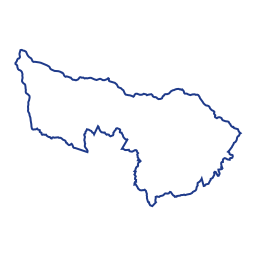 outline of Novo Acordo, Tocantins, Brazil
{"feature_id": "56859067B81404235342349", "entity_name": "Novo Acordo", "entity_type": "district", "adm_level": 2, "iso_a3": "BRA", "parent_name": "Brazil", "parent_adm1": "Tocantins", "projection": "robinson", "projection_center": [-47.429, -10.16], "detail": "fine", "context": "isolated", "style": "outline", "palette": "blue", "viewbox_px": 256, "rotation_deg": 0, "n_neighbors": 0, "source": "geoboundaries", "source_scale": "gbopen_adm2", "svg_char_len": 5778}
<svg xmlns="http://www.w3.org/2000/svg" viewBox="0 0 256 256"><path d="M25.6,88.7L25.9,89.9L25.7,91.2L25.8,92.3L26.2,93.2L27.9,94.3L29.4,95.8L29.6,96.8L29.6,97.7L29.0,100.6L28.5,101.5L28.3,102.4L28.4,104.6L28.0,106.6L28.2,109.3L28.0,110.4L28.2,111.6L29.3,113.5L29.6,115.5L30.4,117.7L30.7,120.6L31.3,124.1L31.4,125.2L31.4,126.1L31.8,128.2L32.3,129.2L33.2,129.6L34.1,129.4L35.3,129.4L36.4,129.1L37.1,128.6L37.6,129.4L39.8,130.2L39.7,131.1L39.8,131.9L41.4,132.7L41.5,133.8L42.2,134.8L43.8,134.5L44.6,134.8L46.1,134.7L46.6,135.6L48.0,136.6L48.8,137.0L49.8,137.0L50.8,138.2L51.7,138.5L52.2,137.6L53.1,137.3L54.2,137.7L58.2,137.3L58.9,137.8L60.6,137.8L61.6,138.4L63.0,139.7L64.8,140.4L65.7,141.3L66.0,142.6L66.9,143.0L67.5,144.0L69.0,145.1L69.8,145.0L71.5,143.8L72.2,144.5L72.6,145.6L73.0,146.3L73.2,147.2L73.8,147.8L75.5,148.1L87.4,152.1L87.6,151.0L87.0,149.6L85.3,147.4L84.8,146.3L84.9,144.8L85.2,143.6L84.8,142.9L84.8,141.9L84.3,140.2L84.6,138.4L84.9,137.4L84.9,136.4L84.4,135.7L84.2,134.8L84.6,133.9L85.3,133.5L85.5,131.8L86.4,130.7L86.9,129.3L88.8,129.7L89.7,130.3L91.3,131.0L92.4,132.6L93.1,132.8L93.7,133.4L94.1,134.4L98.0,126.2L98.7,127.0L99.0,128.6L99.5,129.3L99.8,130.1L100.4,131.1L101.2,132.0L102.0,132.4L102.9,132.4L103.7,132.7L104.7,132.5L105.4,133.6L106.6,134.7L107.5,134.4L108.9,134.7L109.4,135.6L110.4,136.3L113.0,135.3L113.4,134.3L113.4,132.6L114.2,131.8L114.5,131.0L115.7,129.8L116.1,128.6L117.1,128.2L119.7,129.2L120.2,129.9L119.9,131.0L119.9,132.3L120.9,132.7L121.6,132.7L122.2,134.1L122.8,135.0L123.2,136.7L123.9,137.7L125.0,138.9L125.8,139.5L126.6,139.7L127.8,138.9L121.9,148.9L123.3,148.9L124.8,149.9L125.7,150.1L128.9,149.8L129.5,151.2L131.4,151.6L132.3,151.6L135.1,150.1L136.2,150.2L136.8,150.7L136.8,151.6L138.1,153.1L137.5,153.9L137.2,154.7L137.7,155.9L137.6,157.1L138.3,158.0L138.4,159.4L138.0,160.2L138.7,160.2L139.5,159.8L139.9,160.6L140.5,161.1L139.6,162.0L138.6,162.3L137.9,164.2L138.1,165.4L137.8,166.4L136.8,166.7L136.1,167.6L135.9,168.4L135.5,169.1L135.4,170.4L134.5,171.3L135.6,171.8L135.1,172.5L135.1,173.7L134.4,174.4L135.1,175.6L135.8,176.3L135.0,178.1L135.1,179.2L136.1,179.8L136.0,180.8L136.1,181.8L135.1,181.9L134.5,183.2L134.4,184.6L135.6,184.2L137.7,187.5L138.0,188.5L139.9,190.1L141.0,190.3L142.1,190.3L142.9,190.1L143.9,190.1L144.7,189.7L146.0,191.0L146.2,192.0L146.9,194.0L146.7,195.4L147.0,196.5L146.9,198.1L148.0,201.9L149.1,202.3L149.1,203.3L150.2,205.3L152.3,206.1L156.0,202.2L155.4,201.4L155.4,199.8L155.7,198.6L155.7,196.9L157.0,196.4L157.7,196.7L159.2,196.9L160.2,196.1L162.5,195.6L163.3,195.2L164.9,193.6L165.6,193.4L167.5,193.6L168.7,193.4L170.0,191.9L170.8,192.1L172.7,194.8L173.6,195.7L174.5,195.9L174.8,196.8L176.6,196.7L177.0,196.0L180.2,195.6L180.9,195.1L183.0,195.0L184.1,194.6L185.1,195.1L187.1,194.5L190.3,193.9L192.0,193.0L192.9,191.9L195.4,190.6L196.2,189.6L196.7,187.0L197.7,185.4L197.5,184.5L197.7,182.9L199.7,181.6L201.3,179.5L201.7,178.6L203.7,186.0L204.7,185.8L205.1,185.1L205.9,184.4L208.5,183.8L210.0,180.8L210.6,180.0L210.7,178.9L212.4,178.1L213.0,177.4L213.3,176.5L214.1,175.3L214.4,174.3L214.1,172.5L214.8,171.8L215.7,172.0L217.8,175.8L218.6,175.8L219.6,173.8L219.4,172.6L218.7,171.3L218.4,169.6L221.0,169.3L221.8,169.0L221.3,167.6L222.2,167.7L221.6,166.1L221.2,164.3L221.2,162.9L221.7,162.1L222.9,162.0L222.9,159.8L223.5,158.8L224.8,158.1L226.3,158.7L227.4,159.4L229.7,159.8L229.9,158.4L230.7,158.0L231.5,158.1L232.3,157.7L232.8,156.2L232.5,155.1L231.6,154.8L230.7,154.8L229.6,154.0L229.2,152.4L228.0,151.8L229.3,150.5L232.0,146.9L232.3,146.1L233.4,144.4L233.9,142.9L235.4,142.0L236.3,140.7L236.7,139.8L237.1,137.7L237.7,136.5L239.1,135.6L239.6,133.9L240.6,133.2L239.7,132.5L238.8,131.5L237.9,129.2L234.1,128.1L233.4,126.9L232.6,127.1L231.6,126.3L230.8,125.5L230.4,124.3L229.6,123.6L228.6,121.8L227.7,121.5L225.4,121.2L222.9,120.3L222.2,119.7L221.5,118.1L220.4,117.5L219.2,117.2L218.1,117.4L216.9,118.2L215.1,117.2L214.9,116.3L215.3,115.3L214.8,114.6L214.3,114.2L214.0,113.3L214.4,112.0L213.7,111.1L211.7,110.1L210.9,109.3L210.1,108.4L209.4,106.8L208.5,106.0L207.4,105.6L206.2,105.5L205.1,104.8L203.6,103.4L202.7,101.9L200.0,98.2L199.5,96.8L198.3,95.1L197.4,94.7L195.6,94.8L194.8,94.3L192.6,94.4L190.3,95.1L188.0,94.3L187.2,93.8L186.5,93.6L184.8,93.6L184.2,93.0L183.8,91.4L183.4,90.7L182.2,89.4L181.3,89.8L180.7,89.3L179.7,89.4L178.8,88.9L177.0,89.0L175.4,89.4L174.0,90.1L173.1,90.2L171.2,91.1L169.0,93.5L167.4,94.1L165.7,94.1L164.5,94.5L163.9,95.6L162.8,96.3L162.0,98.3L160.6,98.9L158.5,99.1L157.3,98.4L156.6,97.6L155.5,97.1L154.2,97.1L152.8,96.3L152.5,95.2L151.3,94.2L148.3,94.7L146.9,95.2L146.1,94.4L143.7,93.8L142.7,94.4L141.8,94.7L139.9,94.8L137.0,93.7L135.7,93.8L134.7,94.6L134.1,96.0L133.4,96.7L131.7,95.9L129.8,95.3L128.5,95.2L125.7,94.6L124.9,93.7L123.4,90.3L122.1,89.4L121.1,88.3L118.2,87.2L116.8,84.5L114.8,82.8L109.9,81.4L109.0,80.8L108.8,79.5L108.9,78.7L108.2,78.2L107.0,79.2L104.7,80.1L102.8,80.1L100.6,78.9L99.6,78.9L96.6,80.0L94.5,79.4L91.2,77.9L90.0,77.8L87.1,78.4L86.0,78.1L84.7,78.5L83.3,77.6L81.7,77.7L80.7,77.2L79.7,77.4L78.1,79.4L76.3,80.2L75.4,80.2L74.7,79.9L72.7,79.7L71.7,78.8L70.7,77.5L69.8,77.5L68.8,77.0L66.6,76.4L65.7,76.8L64.8,76.3L64.2,75.6L63.3,73.6L62.4,72.7L61.6,72.7L60.9,72.0L58.5,71.2L54.5,70.9L51.3,69.5L50.3,68.7L49.6,67.1L49.0,66.5L46.9,65.3L40.9,62.8L39.1,62.4L34.9,61.8L33.6,61.9L32.6,61.3L31.4,58.7L30.8,58.1L29.4,57.3L28.2,56.1L27.3,54.7L26.1,51.9L25.5,51.4L24.1,50.7L23.1,50.6L21.8,49.9L20.5,50.1L19.5,53.5L19.5,54.5L20.0,57.0L19.5,57.9L18.9,58.5L18.0,58.7L17.4,59.4L16.7,61.3L15.4,63.1L15.6,64.2L16.6,64.7L17.3,65.8L17.3,66.9L18.0,69.0L18.9,69.9L20.1,70.3L21.0,70.9L21.7,71.7L22.3,73.4L22.5,74.5L22.3,75.6L22.6,77.8L22.1,80.0L22.0,81.1L22.4,82.0L23.1,82.9L23.8,83.6L24.6,84.0L25.2,84.9L25.5,86.8L25.6,88.7Z" fill="none" stroke="#1e3a8a" stroke-width="2"/></svg>